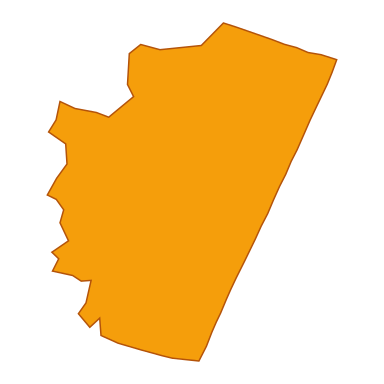 outline of Xangri-lá, Rio Grande do Sul, Brazil
{"feature_id": "56859067B41490189665798", "entity_name": "Xangri-lá", "entity_type": "district", "adm_level": 2, "iso_a3": "BRA", "parent_name": "Brazil", "parent_adm1": "Rio Grande do Sul", "projection": "albers", "projection_center": [-50.07, -29.81], "detail": "fine", "context": "isolated", "style": "filled", "palette": "amber", "viewbox_px": 384, "rotation_deg": 0, "n_neighbors": 0, "source": "geoboundaries", "source_scale": "gbopen_adm2", "svg_char_len": 895}
<svg xmlns="http://www.w3.org/2000/svg" viewBox="0 0 384 384"><path d="M223.4,23.0L201.3,45.5L160.0,49.7L140.7,44.5L129.3,53.6L127.5,84.5L133.6,96.6L108.7,117.2L96.4,112.5L75.0,108.5L60.0,101.5L56.1,119.9L48.6,132.0L65.7,143.9L67.0,164.0L56.7,178.2L47.3,195.0L56.3,199.4L63.7,209.8L60.0,222.8L68.5,240.8L51.9,252.2L58.7,258.8L52.5,271.1L72.7,275.5L81.2,281.1L91.1,280.4L86.0,302.9L78.4,313.7L89.8,327.3L99.7,318.1L101.0,335.5L118.1,343.2L141.7,350.1L162.1,355.7L172.4,358.2L198.9,361.0L206.4,346.3L211.9,332.1L216.3,322.0L220.6,313.1L226.6,298.8L230.9,289.1L236.2,277.9L244.5,261.3L255.3,239.1L261.2,226.1L267.7,213.6L273.4,200.1L279.6,186.3L285.7,174.4L291.2,161.3L297.1,149.8L304.7,132.5L310.2,119.9L316.8,106.0L321.6,96.0L327.3,84.1L332.1,72.3L336.7,59.7L321.1,54.7L308.0,52.5L296.6,47.6L284.3,44.3L272.1,39.6L236.2,27.1L223.4,23.0Z" fill="#f59e0b" stroke="#b45309" stroke-width="1.5"/></svg>